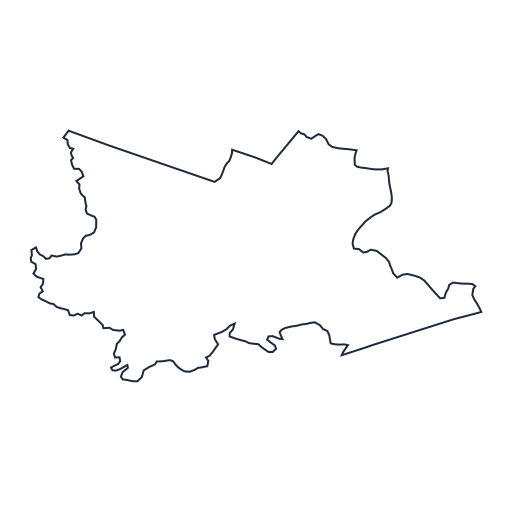 Vitória do Mearim, Maranhão, Brazil, rotated 90°
{"feature_id": "56859067B98099039141504", "entity_name": "Vitória do Mearim", "entity_type": "district", "adm_level": 2, "iso_a3": "BRA", "parent_name": "Brazil", "parent_adm1": "Maranhão", "projection": "robinson", "projection_center": [-44.907, -3.55], "detail": "fine", "context": "isolated", "style": "outline", "palette": "slate", "viewbox_px": 512, "rotation_deg": 90, "n_neighbors": 0, "source": "geoboundaries", "source_scale": "gbopen_adm2", "svg_char_len": 3598}
<svg xmlns="http://www.w3.org/2000/svg" viewBox="0 0 512 512"><g transform="rotate(90 256 256)"><path d="M312.0,30.7L308.3,32.4L303.3,35.2L299.2,37.8L295.1,39.7L288.8,38.7L286.2,36.7L284.0,39.7L283.7,43.9L283.6,50.2L282.6,59.0L284.8,62.7L288.7,63.8L292.5,66.1L297.8,67.6L298.3,71.9L288.8,80.6L284.2,84.4L280.4,87.9L277.6,92.0L275.9,96.9L274.7,101.5L274.0,104.7L274.7,109.4L277.6,114.8L273.3,118.8L269.3,120.2L266.1,121.6L261.7,123.1L258.0,126.1L254.0,131.3L250.9,135.3L249.7,141.2L251.9,145.2L252.5,148.8L249.1,153.0L248.6,158.1L243.7,159.4L240.5,159.0L237.7,158.2L233.6,156.5L230.2,154.2L227.0,151.6L224.3,149.0L221.9,147.1L219.1,143.7L217.0,140.9L214.8,137.6L212.1,131.6L208.8,126.3L205.8,122.1L202.8,120.5L199.9,120.2L197.1,120.2L192.0,120.9L184.1,122.6L178.7,123.1L175.4,123.4L171.0,124.5L168.3,124.0L169.4,130.1L169.4,137.2L169.0,140.7L168.1,146.2L167.5,151.5L166.7,154.9L164.7,157.2L160.4,157.4L157.5,157.4L153.6,156.5L150.3,155.4L149.3,162.9L148.9,167.3L148.3,173.5L146.9,179.8L144.4,183.3L139.3,185.8L135.9,189.2L134.1,193.5L136.2,197.0L138.7,200.6L137.0,205.3L134.3,207.7L133.3,211.1L131.2,213.5L157.9,235.6L160.9,238.0L164.0,240.4L157.4,256.9L149.7,279.9L153.1,280.0L156.9,281.1L160.6,282.5L162.8,284.7L166.5,287.2L170.5,288.6L175.4,290.5L178.2,291.9L180.2,294.9L181.9,297.4L178.4,307.5L145.8,402.1L130.7,443.4L134.8,446.5L137.6,448.6L140.0,444.6L144.4,444.2L148.0,442.1L148.7,438.8L152.5,441.1L155.4,440.4L158.1,438.9L160.2,441.0L164.8,439.9L168.8,437.9L168.9,433.0L171.5,430.4L176.3,428.6L181.0,435.6L184.4,432.5L188.5,432.9L193.6,431.2L197.7,427.1L202.2,426.6L206.3,425.6L209.5,426.4L213.4,425.1L215.2,421.5L216.7,417.5L219.8,415.7L227.5,415.9L232.5,418.0L235.1,422.7L235.7,426.2L238.7,429.1L243.4,431.0L248.4,430.6L253.1,433.7L254.3,437.3L254.7,442.8L254.4,446.4L255.7,451.2L256.6,455.2L255.5,460.4L258.2,462.4L258.9,466.0L256.4,468.4L254.4,472.2L251.4,474.7L247.4,476.1L250.1,480.6L255.1,480.1L258.2,481.3L261.7,480.7L264.2,476.4L269.0,475.9L273.6,478.6L276.7,475.2L279.0,468.6L283.7,469.0L287.2,471.4L291.4,469.2L293.6,472.6L297.1,473.6L299.1,470.9L301.6,465.6L303.5,462.0L303.9,458.7L307.0,455.2L308.0,452.2L308.9,448.6L310.1,444.0L315.0,442.2L315.5,438.1L313.7,434.4L315.5,430.4L313.2,427.4L313.4,422.6L311.9,418.2L316.7,417.9L320.6,413.8L325.0,409.3L328.2,408.6L327.8,402.5L330.0,398.9L330.7,392.3L329.9,388.9L334.7,387.0L337.4,390.1L341.4,392.6L343.8,395.1L349.5,396.3L353.6,398.1L357.5,397.0L357.3,392.5L361.0,391.8L363.9,393.7L365.8,397.7L367.6,401.0L370.2,399.6L370.7,396.3L368.9,391.5L365.0,384.7L367.8,384.1L370.2,386.9L372.0,389.3L376.6,391.1L379.4,389.3L380.0,384.9L381.2,379.6L381.3,374.6L377.1,370.2L370.4,368.3L366.9,362.6L364.4,357.0L361.5,355.3L361.3,349.9L360.1,341.9L361.3,338.9L365.5,335.7L367.6,333.5L369.7,330.5L371.3,327.6L371.8,322.4L369.8,317.2L367.9,314.1L367.4,310.6L366.2,304.7L360.9,303.7L357.5,306.0L355.8,302.5L352.0,299.3L348.1,296.6L344.3,293.9L339.1,297.2L334.9,297.9L331.8,289.9L329.3,285.6L325.7,282.0L323.6,277.3L329.6,279.2L333.1,282.3L336.5,282.3L338.6,276.4L340.5,269.9L341.4,266.2L343.1,263.0L343.8,257.8L344.2,253.6L347.1,250.5L352.0,243.5L352.0,239.3L348.7,235.9L345.4,237.2L342.3,241.6L339.7,244.8L336.4,243.5L336.1,239.5L338.8,232.6L339.1,229.5L335.6,231.1L332.2,232.4L329.9,230.5L328.1,227.1L326.6,221.1L325.7,214.9L324.4,210.0L323.9,205.5L323.0,201.9L322.3,197.4L325.0,192.3L329.1,188.8L331.0,184.6L335.2,182.7L338.0,182.3L343.4,181.3L344.4,176.4L344.6,172.2L344.4,167.8L345.1,164.1L352.1,168.9L355.2,170.2L348.6,149.8L347.2,145.6L345.2,139.9L338.0,117.3L319.3,58.5L312.0,30.7Z" fill="none" stroke="#1e293b" stroke-width="2"/></g></svg>